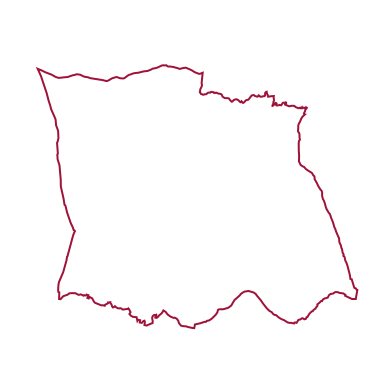 the district of Dobresti, Arges, Romania, rotated 261°
{"feature_id": "2599482B48483395100218", "entity_name": "Dobresti", "entity_type": "district", "adm_level": 2, "iso_a3": "ROU", "parent_name": "Romania", "parent_adm1": "Arges", "projection": "natural_earth1", "projection_center": [25.137, 44.956], "detail": "fine", "context": "isolated", "style": "outline", "palette": "rose", "viewbox_px": 384, "rotation_deg": 261, "n_neighbors": 0, "source": "geoboundaries", "source_scale": "gbopen_adm2", "svg_char_len": 5899}
<svg xmlns="http://www.w3.org/2000/svg" viewBox="0 0 384 384"><g transform="rotate(261 192 192)"><path d="M145.6,325.2L148.2,324.9L150.4,323.7L153.9,322.3L156.8,321.7L159.5,321.5L162.5,321.0L164.7,320.2L167.8,319.9L171.3,320.5L173.1,320.1L174.4,319.2L178.5,317.5L181.4,316.7L185.6,315.1L187.6,315.4L188.6,315.2L189.5,314.4L191.7,313.6L193.0,312.4L195.4,309.5L195.7,309.4L196.9,308.0L199.0,306.8L200.5,304.7L201.3,304.1L201.7,303.5L204.7,302.7L205.3,302.4L211.2,303.5L215.9,303.9L223.9,305.1L225.9,305.8L226.8,306.8L228.9,306.7L231.5,307.1L233.4,307.1L234.9,306.3L236.0,306.3L238.7,307.0L240.6,307.2L242.6,308.1L244.4,309.6L247.1,311.2L248.9,312.7L250.9,315.6L251.1,315.1L252.0,314.8L254.0,316.2L255.8,317.0L256.2,317.5L256.5,318.1L257.2,318.6L257.8,317.9L257.3,317.6L256.9,316.6L257.6,316.1L257.9,315.5L257.9,315.1L257.4,314.3L257.5,313.9L258.3,313.8L258.1,313.6L258.4,313.0L258.2,312.7L257.7,312.6L257.8,312.0L258.3,311.4L258.1,311.0L258.1,310.2L259.7,307.6L261.1,306.5L261.4,304.7L261.6,304.0L261.4,301.9L261.7,300.9L263.8,297.6L264.1,297.7L264.8,298.8L265.5,299.0L265.9,298.7L265.9,298.4L265.7,297.2L265.9,296.2L265.8,295.6L263.7,293.7L264.3,292.0L264.1,291.5L264.2,289.9L264.2,289.1L264.5,288.8L265.1,288.8L266.1,289.4L266.5,289.2L266.9,288.5L264.8,286.0L264.5,285.0L265.0,285.0L265.7,285.6L267.1,286.3L268.3,286.5L268.8,287.0L270.4,287.4L272.6,287.4L274.0,287.8L274.2,285.4L274.2,282.1L275.9,282.0L277.8,281.4L279.3,281.4L279.0,280.3L278.5,279.9L277.4,279.5L276.1,279.4L275.6,279.0L275.3,278.3L275.5,277.3L275.2,276.1L275.4,274.5L275.6,274.2L277.1,273.0L277.0,272.8L276.1,272.1L275.9,271.7L275.9,271.4L277.1,269.0L277.9,268.5L278.1,268.2L278.1,267.1L278.0,266.0L274.5,262.3L274.3,261.7L274.3,260.4L274.0,259.4L272.4,257.5L272.0,256.4L272.3,255.9L273.5,255.4L273.9,255.1L273.2,254.4L273.1,253.8L275.6,252.0L276.6,250.5L276.6,248.7L276.3,247.7L275.9,247.0L275.2,246.4L275.0,245.7L275.0,245.2L276.8,244.0L278.6,243.1L279.1,242.1L279.5,239.4L279.7,239.0L281.4,237.1L282.8,236.8L283.7,236.5L284.5,235.3L285.2,233.2L286.3,231.6L286.2,230.5L286.5,230.1L286.3,229.8L286.3,229.4L287.2,228.7L287.9,226.9L287.9,226.5L287.3,225.8L287.5,225.0L287.5,223.3L287.2,222.6L286.4,221.5L286.4,220.9L286.6,219.6L286.3,218.8L286.3,218.1L287.0,217.2L287.3,216.3L289.3,215.4L289.4,215.7L290.7,215.8L292.2,216.3L294.9,218.2L296.4,218.6L298.0,218.5L308.1,221.2L307.5,218.4L307.7,217.2L309.8,213.6L312.4,210.6L315.3,206.1L315.8,205.1L315.8,202.7L315.5,199.0L316.9,196.6L317.4,195.2L318.1,193.9L319.3,190.4L319.7,188.0L320.0,187.5L321.2,186.5L321.2,184.9L321.6,184.0L321.7,182.2L320.3,177.3L320.0,175.1L320.0,172.5L319.2,170.3L318.5,166.9L318.7,163.1L318.2,158.0L318.4,154.0L318.2,151.8L317.8,150.2L317.6,148.4L317.0,146.8L315.0,143.0L314.9,141.6L315.4,139.6L316.0,137.9L316.9,136.6L317.4,135.2L316.8,130.9L315.2,126.8L315.0,126.0L315.0,124.7L316.6,121.0L320.3,109.5L321.6,107.1L322.8,103.5L325.4,99.8L326.3,96.5L326.3,96.0L325.9,94.1L326.0,92.7L325.1,87.8L325.1,85.8L325.4,81.7L325.4,79.9L325.6,78.1L326.9,75.4L330.0,71.5L333.3,65.7L335.2,63.1L337.8,58.9L329.9,61.0L312.6,63.9L304.4,64.7L299.6,65.5L296.0,65.8L286.1,68.4L284.5,68.6L279.0,68.2L275.3,69.0L273.0,69.3L266.1,68.5L262.8,67.2L261.7,66.4L250.8,65.5L250.0,64.8L245.1,64.4L239.2,65.3L224.9,64.3L217.9,63.3L205.5,64.1L199.3,64.1L198.8,64.6L197.9,64.9L191.4,65.4L180.2,67.4L176.2,68.6L172.9,69.2L172.5,69.8L171.7,70.3L169.7,68.9L167.1,67.5L147.9,58.9L147.5,58.4L144.0,57.3L132.9,52.2L123.8,46.5L121.0,45.5L115.8,44.4L114.1,44.4L113.7,45.2L107.1,44.0L106.7,45.4L108.9,48.1L109.3,48.9L110.0,52.9L111.1,55.1L110.9,57.4L110.3,61.0L108.6,63.2L108.2,64.0L108.1,64.9L108.3,66.0L107.6,67.3L106.6,68.5L107.0,69.3L106.5,70.1L106.5,71.0L107.2,71.8L106.5,72.7L106.4,73.3L103.7,72.1L103.0,73.3L104.5,74.4L103.7,75.2L102.7,76.7L99.1,78.0L97.8,78.8L94.2,84.8L94.1,86.3L93.3,88.0L94.2,88.5L95.2,91.5L96.0,91.7L95.9,94.1L95.1,93.9L93.7,94.9L91.6,95.1L90.3,95.9L90.5,96.7L91.3,98.0L89.9,99.1L88.7,100.7L88.4,101.9L88.5,102.9L87.8,104.2L86.7,105.2L86.6,110.2L87.0,110.9L85.4,111.7L82.9,112.5L81.3,111.1L79.4,112.3L78.0,114.0L77.0,117.7L73.2,117.9L74.2,118.8L73.5,120.7L71.3,120.0L70.6,121.9L72.1,123.7L72.3,124.9L71.0,125.1L68.0,124.2L67.2,126.4L68.5,131.2L68.6,132.5L70.5,133.0L73.7,132.9L75.3,133.6L75.8,134.2L76.4,135.1L76.2,137.0L76.4,137.5L76.1,137.6L75.4,137.3L74.1,136.1L73.6,136.1L73.2,137.4L74.2,139.2L75.1,140.0L76.9,143.0L77.6,143.8L79.5,145.2L77.9,147.1L74.8,148.8L72.2,151.4L70.6,154.0L70.5,154.5L70.6,155.3L69.2,157.1L67.0,158.3L65.0,158.5L64.0,158.9L61.8,160.2L61.1,161.5L60.1,165.5L58.9,167.6L58.7,168.6L57.7,170.9L57.2,172.9L60.7,174.2L61.1,180.0L61.8,183.9L61.6,185.5L62.4,186.5L62.5,189.0L62.9,189.7L63.3,190.7L64.0,192.0L67.1,196.3L69.1,198.2L71.5,199.2L71.9,200.4L71.3,204.7L72.0,209.8L73.7,213.0L78.6,217.0L82.4,223.0L83.6,224.2L84.7,226.4L85.4,228.3L85.4,232.3L83.1,237.2L81.3,239.0L79.3,240.0L73.8,243.3L71.5,244.3L65.7,247.5L62.5,249.8L60.9,251.9L58.8,253.1L58.2,253.7L57.7,254.4L57.5,255.2L56.9,256.1L54.9,257.7L53.6,259.0L52.4,260.6L50.8,263.2L48.3,265.9L47.5,267.8L47.3,269.4L46.6,271.0L46.2,272.3L47.0,272.9L47.0,273.7L46.4,274.8L47.8,276.1L48.7,276.6L49.1,277.7L49.2,279.2L49.8,280.3L50.1,281.2L49.6,282.1L48.7,283.0L48.9,284.6L50.4,285.6L50.5,286.5L53.3,288.8L54.3,290.1L55.3,291.6L55.4,292.6L56.5,293.6L57.5,295.7L58.6,296.5L59.9,298.1L61.4,298.2L62.7,300.6L64.1,302.5L63.9,303.4L65.3,304.4L66.2,306.6L66.2,307.8L66.5,309.6L68.6,311.1L69.6,312.8L69.6,315.4L70.3,316.7L70.7,318.0L70.3,320.4L69.3,321.7L68.2,325.5L66.5,327.4L65.6,327.0L61.2,333.4L61.2,334.0L60.7,337.0L69.4,340.0L70.0,339.1L71.0,338.9L72.0,337.3L80.8,336.1L81.2,334.9L85.6,334.9L95.0,334.0L97.8,333.5L100.3,332.7L103.9,332.5L104.7,332.1L105.0,331.6L105.6,331.6L106.6,332.0L108.4,331.3L112.2,331.2L113.4,330.8L116.1,330.7L116.7,330.4L119.3,329.7L123.3,330.0L125.7,329.3L130.9,328.0L132.3,327.9L135.1,327.1L140.0,326.5L145.6,325.2Z" fill="none" stroke="#9f1239" stroke-width="2"/></g></svg>